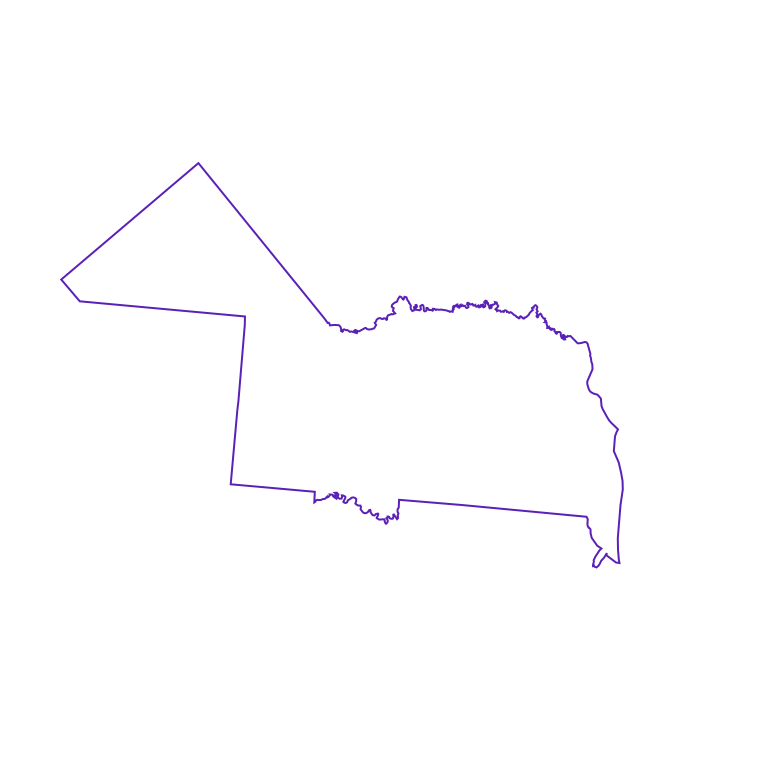 1ro. de Mayo, Chaco, Argentina (Mercator projection), rotated 320°
{"feature_id": "61730980B22683842441482", "entity_name": "1ro. de Mayo", "entity_type": "district", "adm_level": 2, "iso_a3": "ARG", "parent_name": "Argentina", "parent_adm1": "Chaco", "projection": "mercator", "projection_center": [-58.875, -27.18], "detail": "fine", "context": "isolated", "style": "outline", "palette": "violet", "viewbox_px": 768, "rotation_deg": 320, "n_neighbors": 0, "source": "geoboundaries", "source_scale": "gbopen_adm2", "svg_char_len": 6164}
<svg xmlns="http://www.w3.org/2000/svg" viewBox="0 0 768 768"><g transform="rotate(320 384 384)"><path d="M204.1,125.1L320.9,242.9L315.4,249.2L261.2,303.8L254.9,309.7L202.1,362.3L261.7,422.1L254.5,429.9L256.0,430.0L256.3,429.6L257.6,429.5L258.9,430.2L259.5,431.1L261.3,432.4L262.9,432.7L264.9,434.0L267.5,433.8L267.1,434.2L268.8,434.8L271.1,434.4L271.4,433.7L273.3,435.6L272.8,437.6L273.9,441.4L274.6,441.1L274.8,437.7L275.9,438.3L276.6,437.1L276.4,435.8L278.0,437.0L278.1,439.3L277.6,439.7L277.1,439.7L275.8,441.3L276.2,443.3L277.8,444.5L279.3,443.6L280.1,442.2L281.1,443.2L281.9,445.4L281.2,446.4L277.1,448.1L277.2,449.1L278.1,450.5L279.7,450.9L281.5,449.9L285.0,450.4L285.8,450.2L287.6,451.1L288.6,452.7L288.8,454.3L287.1,456.1L285.2,457.2L285.4,458.6L286.1,460.5L287.8,462.0L287.4,463.3L285.5,464.9L285.4,468.9L285.9,470.3L287.4,471.5L289.6,471.7L291.3,471.1L292.5,471.6L292.3,472.4L291.5,473.1L291.2,474.2L291.0,477.2L292.2,478.6L294.3,478.4L296.1,479.4L296.1,479.9L294.1,481.2L292.8,481.5L292.2,482.1L293.2,484.8L297.2,487.7L297.0,488.9L296.3,489.4L295.7,491.3L295.6,492.1L296.0,492.5L298.1,492.0L299.0,491.2L299.5,490.0L299.6,488.3L301.3,488.3L301.6,487.9L302.3,488.5L302.5,489.3L302.0,490.3L302.9,491.9L304.2,492.8L306.2,491.5L307.1,490.1L307.7,490.3L307.1,495.9L308.7,495.7L310.0,493.5L311.9,492.4L312.2,490.7L313.4,489.2L313.9,488.7L315.8,488.2L321.1,482.4L366.4,527.3L453.8,615.9L453.2,618.5L449.5,622.4L448.7,623.9L448.4,625.6L448.7,625.7L448.8,627.8L448.4,628.6L446.4,631.0L444.2,635.4L443.4,644.9L444.8,649.8L442.1,650.0L434.7,652.2L431.3,653.8L430.8,654.8L427.5,657.2L427.1,657.8L428.0,658.1L427.7,658.5L427.7,659.0L428.9,661.1L431.4,661.1L433.8,660.4L436.8,659.0L440.9,658.5L446.0,656.8L444.3,658.2L447.0,669.9L449.3,672.5L451.4,668.9L456.8,661.3L463.9,652.5L487.4,628.7L499.0,618.4L504.3,611.8L508.7,604.2L513.4,594.9L516.9,583.2L527.3,572.6L531.3,570.3L534.1,569.2L533.1,559.5L533.1,556.2L533.7,552.3L535.4,543.8L536.4,540.8L540.7,534.7L540.8,534.0L540.7,529.5L538.3,525.9L537.3,523.2L537.2,521.3L537.8,519.0L539.8,514.5L541.5,512.6L553.1,506.8L554.1,505.6L556.2,502.8L557.1,500.4L559.4,496.7L560.1,494.7L561.4,493.7L565.9,483.9L565.9,482.4L565.0,481.0L560.9,479.1L558.5,477.3L557.7,467.1L556.3,466.3L555.7,465.3L554.4,465.6L553.8,464.7L553.3,464.8L553.2,462.0L552.8,461.6L552.4,461.6L551.4,462.7L551.7,464.7L551.4,466.2L550.5,465.7L550.4,464.4L549.7,463.1L550.5,460.7L552.2,458.5L552.0,457.0L549.9,455.4L549.2,456.3L548.6,456.5L548.4,456.3L548.2,455.2L548.9,454.0L548.5,453.3L549.6,451.8L549.6,451.2L548.5,450.7L548.5,449.9L548.2,449.7L547.1,450.2L546.5,449.4L546.5,448.5L547.3,448.0L546.9,447.0L547.1,446.3L545.7,446.6L545.0,446.0L546.3,444.6L547.0,442.7L547.9,441.7L547.9,441.1L547.0,440.1L548.5,440.1L548.6,439.8L548.2,439.1L548.5,438.1L549.4,437.6L549.3,437.1L548.7,437.0L548.4,435.8L548.5,433.6L549.2,431.7L549.0,430.7L546.6,430.6L545.8,430.8L545.4,431.6L544.6,431.7L544.3,431.5L544.4,430.1L546.3,429.2L546.7,427.2L548.3,427.2L548.9,424.8L550.3,424.2L550.9,423.6L551.0,421.8L550.7,421.0L550.1,420.8L548.1,421.1L547.7,421.7L546.8,420.9L546.2,420.9L545.4,423.1L543.7,422.9L540.7,423.4L539.6,424.0L536.4,424.2L535.1,424.0L534.4,423.4L533.5,423.9L532.7,423.3L532.5,420.9L532.1,419.9L530.9,419.9L530.1,420.7L529.4,420.3L529.2,418.6L528.7,418.0L528.7,416.3L528.0,414.6L527.6,411.6L527.1,410.3L525.7,410.0L525.2,408.1L524.5,407.8L524.8,407.3L524.8,406.3L524.0,405.3L523.4,405.2L522.2,405.8L521.9,405.6L522.0,404.8L520.0,403.9L520.1,402.5L519.4,402.0L518.9,401.1L517.5,400.8L518.1,399.7L517.5,399.1L517.4,398.4L521.2,398.0L521.7,397.7L521.8,395.8L522.7,394.1L521.6,392.6L520.9,394.0L518.6,393.5L518.2,393.1L517.0,393.5L516.8,392.4L516.4,392.2L515.8,392.9L515.5,394.6L514.6,394.6L513.6,394.0L513.8,392.9L514.6,392.2L514.9,389.8L515.6,389.2L515.7,388.8L515.2,388.5L515.1,387.9L516.0,386.8L515.4,385.5L515.0,385.4L514.7,386.0L514.2,386.2L513.3,385.8L513.2,386.3L513.8,386.8L513.6,387.4L511.3,389.6L509.7,389.4L509.4,389.0L509.5,388.0L510.2,387.8L510.9,386.8L510.5,386.5L509.5,386.7L509.1,385.8L507.9,386.0L508.1,386.8L507.6,387.0L506.2,386.5L506.2,385.6L506.8,384.5L505.7,384.3L504.9,384.6L504.4,384.1L504.3,382.6L504.7,382.1L503.2,381.7L502.8,381.1L503.3,380.3L503.1,379.4L501.5,378.9L500.7,375.9L500.0,375.5L498.9,376.3L498.8,376.9L499.2,377.1L499.2,377.9L498.2,379.3L496.8,379.3L496.2,379.0L495.9,378.2L496.3,376.1L495.1,375.5L494.9,374.2L493.5,374.4L492.9,373.9L493.7,372.6L491.8,372.4L491.5,372.7L491.5,373.7L490.6,373.9L489.8,371.6L491.3,370.3L490.7,369.9L489.2,370.0L488.4,369.6L488.2,370.2L487.6,370.3L487.3,369.1L486.3,369.4L486.0,370.4L485.3,370.6L485.6,371.3L485.4,371.6L484.0,371.6L483.5,372.5L483.0,372.8L482.0,371.5L480.7,370.9L480.6,369.9L479.9,369.2L479.4,368.1L475.6,363.7L474.3,362.9L472.2,360.7L471.4,360.7L471.1,359.2L470.4,358.3L469.9,357.9L469.5,358.9L468.4,359.1L467.9,357.9L466.0,356.1L466.2,353.8L465.8,353.2L465.2,353.1L464.1,354.8L463.4,355.0L462.6,354.9L461.7,354.3L461.8,353.3L464.0,350.3L464.5,349.1L464.4,348.4L464.0,347.9L461.8,347.7L460.4,350.4L458.7,350.5L456.1,347.5L456.1,347.0L456.9,345.9L458.2,346.2L458.9,345.9L459.5,345.1L459.6,344.2L459.1,343.9L458.4,345.0L457.1,344.4L456.3,344.4L455.2,346.7L454.5,346.9L452.6,346.3L452.8,343.8L453.8,342.2L454.9,341.4L455.4,338.6L455.3,338.0L455.9,336.6L455.8,335.1L456.9,332.0L455.7,330.4L454.0,331.6L453.2,331.8L452.9,331.3L453.1,328.5L452.7,327.6L452.2,327.1L449.0,328.0L447.1,329.3L444.1,328.5L442.0,328.5L441.1,328.6L439.8,329.5L439.6,330.6L440.2,332.1L437.9,333.7L437.9,337.1L434.9,335.9L434.6,335.2L431.1,334.0L429.4,334.7L427.8,336.6L427.1,336.4L427.0,334.4L426.0,333.5L425.4,333.6L424.3,333.0L423.4,331.0L421.8,330.1L419.8,330.0L417.6,331.1L416.2,331.2L416.0,333.7L412.3,335.0L409.7,334.0L407.5,332.6L406.3,331.0L406.1,329.4L405.7,329.0L399.0,327.7L398.1,326.9L396.8,324.2L396.3,324.1L395.6,324.1L396.3,327.4L395.9,327.6L392.7,322.7L391.4,322.1L390.7,319.3L389.3,318.1L388.6,316.5L387.6,316.2L386.9,316.4L386.5,317.2L385.7,317.2L385.2,315.7L386.3,314.6L387.0,313.3L387.4,312.0L387.4,310.8L387.0,309.7L384.1,307.0L380.3,304.3L381.1,302.5L381.1,301.6L380.1,301.0L380.5,295.3L383.8,95.5L203.9,96.5L204.1,125.1Z" fill="none" stroke="#5b21b6" stroke-width="2"/></g></svg>